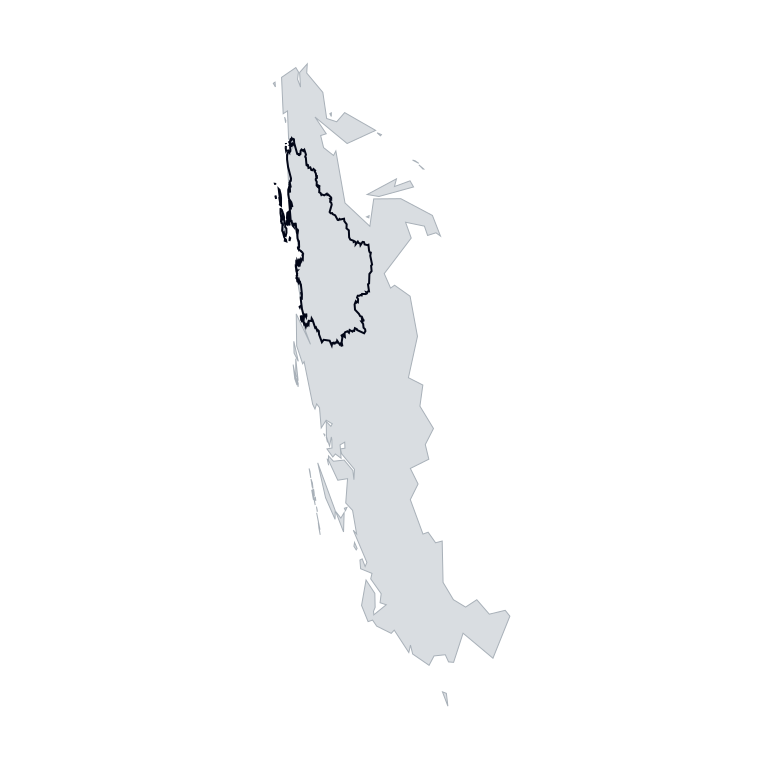 where Sakha (Yakutia) sits in Russia, rotated 261°
{"feature_id": "RUS-2612", "entity_name": "Sakha (Yakutia)", "entity_type": "Autonomous Province", "adm_level": 1, "iso_a3": "RUS", "parent_name": "Russia", "parent_adm1": "", "projection": "equal_earth", "projection_center": [131.922, 66.295], "detail": "fine", "context": "in_parent", "style": "outline", "palette": "ink", "viewbox_px": 768, "rotation_deg": 261, "n_neighbors": 0, "source": "natural_earth", "source_scale": "10m", "svg_char_len": 9866}
<svg xmlns="http://www.w3.org/2000/svg" viewBox="0 0 768 768"><g transform="rotate(261 384 384)"><path d="M542.9,458.2L521.3,462.9L525.2,459.0L523.9,450.3L533.6,448.6L540.4,430.6L523.9,433.7L493.0,401.5L477.7,405.5L479.9,409.9L466.6,423.5L425.8,424.5L386.4,409.1L376.9,422.2L356.5,416.0L332.3,425.9L317.7,415.3L302.7,416.5L296.5,396.8L279.9,402.0L265.7,391.9L229.7,399.0L230.7,404.4L219.1,410.1L219.8,416.9L178.8,411.3L160.1,418.8L150.9,429.7L156.4,441.9L140.2,452.0L141.5,468.3L135.0,472.0L96.1,448.7L125.5,423.1L98.2,409.2L99.4,404.3L107.0,402.2L107.6,390.9L99.1,384.5L112.8,370.1L122.0,369.3L114.9,366.5L139.3,355.6L136.6,352.1L146.0,338.9L152.6,335.8L151.8,331.1L168.8,327.2L193.2,335.6L178.6,342.2L164.8,340.3L161.2,338.1L157.6,337.8L165.6,351.7L168.6,345.9L177.3,348.4L193.6,340.4L198.8,342.5L205.2,332.0L213.9,332.7L214.7,335.1L206.7,336.8L210.5,339.2L244.4,330.8L240.2,333.5L264.1,333.2L272.5,327.6L296.2,333.2L296.2,323.3L317.5,317.2L321.6,317.9L315.6,322.0L315.1,332.7L303.4,339.7L294.2,339.3L304.3,341.5L321.6,331.3L326.7,330.8L326.7,335.4L332.7,336.1L330.8,331.1L317.4,330.0L322.5,325.0L319.9,322.0L328.8,317.5L328.9,322.6L337.4,323.8L339.9,323.7L331.3,320.5L340.9,318.9L355.9,321.1L350.5,324.9L352.8,326.7L357.3,321.2L350.4,315.1L370.7,316.6L374.9,314.4L370.1,311.9L375.1,310.4L418.5,308.6L416.7,306.8L435.3,303.7L467.0,308.3L434.7,317.6L453.5,313.8L463.0,314.1L462.6,317.5L463.1,318.0L464.4,318.1L466.3,315.1L502.7,314.6L518.4,316.6L518.9,319.9L513.5,318.8L525.0,324.4L530.8,320.4L556.7,321.9L553.5,319.1L559.2,317.3L623.5,323.8L633.8,332.5L641.0,328.1L668.8,331.4L666.7,326.7L702.9,330.8L710.3,346.4L705.6,348.3L698.5,346.3L690.3,348.0L704.9,349.4L712.2,358.3L703.2,356.3L681.6,369.2L655.2,368.9L650.4,378.3L658.2,387.6L635.8,415.4L627.3,385.2L658.5,357.6L640.2,366.1L639.3,360.3L626.9,361.3L617.6,369.9L621.7,372.9L568.9,373.8L542.0,394.7L568.4,402.8L564.4,429.6L542.9,458.2ZM316.5,306.2L266.7,316.0L258.0,314.5L280.8,308.5L316.5,306.2ZM573.8,397.0L584.7,428.4L577.4,425.2L580.6,441.5L574.0,444.0L570.0,408.3L573.8,397.0ZM244.2,320.9L265.7,316.3L258.3,320.4L263.2,324.5L244.2,320.9ZM545.3,309.9L560.5,307.7L573.9,309.4L545.3,309.9ZM407.6,298.4L422.8,300.8L400.7,299.7L407.6,298.4ZM403.1,296.7L417.4,297.3L396.5,297.9L403.1,296.7ZM428.6,300.0L440.3,301.6L419.8,302.9L428.6,300.0ZM576.7,310.3L584.4,309.7L592.7,310.4L576.7,310.3ZM55.8,396.7L70.8,393.6L68.7,397.2L55.8,396.7ZM258.5,297.6L267.3,297.3L250.1,298.0L258.5,297.6ZM559.9,314.2L568.4,316.1L555.1,315.6L559.9,314.2ZM232.1,330.1L225.8,331.7L224.5,330.6L228.4,328.9L232.1,330.1ZM275.2,297.1L283.4,296.7L287.0,297.1L275.2,297.1ZM301.6,297.0L297.3,297.8L291.8,297.5L293.6,297.0L301.6,297.0ZM309.2,297.2L302.7,297.0L312.3,296.8L309.2,297.2ZM267.5,325.4L267.9,328.1L264.9,326.1L267.5,325.4ZM403.5,298.8L397.9,299.3L394.6,298.7L403.5,298.8ZM280.6,296.2L290.8,296.0L286.8,296.5L280.6,296.2ZM699.2,323.6L694.4,323.2L698.3,321.7L699.2,323.6ZM251.5,297.2L257.4,297.4L245.0,297.4L251.5,297.2ZM318.5,316.4L312.4,316.6L318.6,316.2L318.5,316.4ZM460.2,312.2L462.3,313.5L458.0,312.8L460.2,312.2ZM663.2,327.6L659.6,328.3L657.4,327.7L663.2,327.6ZM288.4,298.0L284.2,297.7L291.3,298.0L288.4,298.0ZM288.7,296.5L291.1,297.0L285.8,296.7L288.7,296.5ZM600.7,447.2L599.7,449.5L596.5,452.9L600.7,447.2ZM280.7,298.0L283.4,298.5L279.3,298.4L280.7,298.0ZM340.6,318.6L335.9,319.2L335.1,319.1L340.6,318.6ZM660.1,374.4L656.5,373.8L659.5,372.8L660.1,374.4ZM559.2,313.0L557.5,314.1L556.4,313.3L559.2,313.0ZM551.8,392.9L552.6,395.6L550.5,395.0L551.8,392.9ZM633.2,416.5L630.7,420.5L629.7,419.3L633.2,416.5ZM273.5,298.1L269.4,298.3L268.2,298.1L273.5,298.1ZM344.6,316.6L342.9,317.7L342.3,317.4L344.6,316.6ZM542.6,309.2L540.2,309.8L541.0,308.5L542.6,309.2ZM590.2,456.1L595.0,452.7L590.1,456.9L590.2,456.1Z" fill="#d9dde1" stroke="#a8b0b8" stroke-width="1"/><path d="M457.0,314.2L460.6,314.7L462.6,314.5L462.3,313.8L463.3,314.1L464.2,315.0L463.0,315.5L464.2,315.8L464.2,316.6L462.5,317.5L462.8,317.8L463.3,318.0L465.8,318.2L462.7,317.5L464.2,317.0L464.4,316.1L466.1,315.8L464.2,315.3L471.1,314.7L481.5,315.1L483.4,315.4L481.6,315.4L481.2,316.2L485.7,317.0L496.1,317.5L494.7,317.1L498.3,317.0L498.6,316.4L499.5,316.3L498.0,315.6L498.7,315.5L498.1,315.2L499.3,314.7L500.8,314.9L500.4,314.5L504.7,314.7L504.9,315.2L506.5,315.3L506.1,315.6L508.7,315.2L509.0,315.5L508.2,315.7L509.1,315.6L509.6,316.2L509.6,315.7L510.9,315.6L510.7,315.2L514.6,315.4L514.4,315.8L517.9,316.4L517.3,316.7L519.7,317.0L515.5,317.2L515.0,317.6L519.2,317.9L518.7,318.0L516.2,317.8L514.2,318.0L516.6,318.6L518.9,318.6L519.9,319.4L517.7,319.9L513.3,318.7L514.0,319.1L513.6,319.1L515.3,319.5L517.6,321.0L518.5,320.8L518.1,320.1L519.8,321.1L517.2,321.3L518.8,321.7L520.5,323.0L520.0,323.3L523.6,324.0L524.1,323.6L525.1,324.5L526.9,323.9L528.0,322.8L529.1,322.8L528.3,322.6L531.0,320.3L532.2,320.3L533.2,320.5L531.0,320.8L532.6,321.6L538.2,322.3L537.9,322.5L538.3,322.3L538.0,322.1L538.4,321.9L541.3,321.4L545.4,321.8L548.7,322.6L548.1,322.8L549.1,323.1L550.1,323.1L548.8,322.8L551.0,322.5L549.1,322.2L550.0,321.6L556.9,321.9L555.8,321.3L556.0,320.6L554.3,320.3L557.3,319.5L553.4,319.4L554.9,318.5L560.4,318.2L558.5,317.3L580.6,319.0L573.8,318.7L572.5,319.4L571.0,319.2L572.1,319.6L574.4,319.3L580.9,319.1L577.7,320.6L577.7,320.1L578.9,319.7L577.6,319.9L577.2,319.4L576.3,319.4L577.1,320.4L574.1,320.2L575.1,320.7L573.9,320.9L574.0,321.2L578.0,320.9L581.8,319.1L586.0,319.1L590.8,319.8L592.2,320.5L587.9,320.8L588.6,321.0L587.9,321.2L594.6,321.9L592.5,322.8L594.6,322.2L594.4,322.6L597.6,322.4L600.1,323.5L598.5,323.6L601.7,324.3L613.5,323.2L620.9,323.4L625.5,324.1L629.1,326.0L627.9,326.6L628.7,326.7L628.1,327.4L628.6,327.9L632.9,328.4L633.6,330.3L635.4,330.8L634.7,332.2L633.6,332.5L634.8,332.4L636.0,331.0L635.0,329.3L637.8,328.2L638.3,329.2L640.1,330.0L639.4,330.7L640.7,331.2L639.9,331.5L640.6,332.2L639.8,333.3L636.0,333.0L624.8,334.3L624.3,335.1L625.4,335.5L623.5,335.7L623.3,336.3L624.1,336.7L624.2,337.4L627.5,338.2L628.5,339.2L626.9,340.6L627.6,341.0L627.2,341.5L627.7,342.0L622.8,342.8L620.7,341.7L619.7,342.2L612.3,341.7L611.8,342.2L612.5,342.7L612.1,343.2L609.2,343.2L609.5,345.1L606.7,345.7L606.3,346.9L607.4,348.0L605.6,349.4L604.8,348.8L602.6,349.6L599.6,349.5L599.7,350.2L598.0,350.0L597.4,348.8L596.3,348.5L594.2,349.2L590.6,348.5L589.6,349.1L590.6,349.9L589.6,351.2L588.3,350.8L588.2,350.2L587.0,350.7L583.5,350.0L582.6,351.2L580.5,351.7L580.9,352.4L579.7,354.5L580.9,357.3L579.6,357.6L579.9,358.5L576.4,361.0L575.3,360.9L575.2,359.8L574.1,360.4L573.9,359.7L572.3,359.3L571.5,360.2L569.3,360.4L562.4,357.2L561.0,358.0L560.9,359.5L559.8,359.9L558.2,362.2L553.3,363.9L553.0,364.9L554.0,365.9L553.3,366.7L553.5,370.4L551.0,370.3L547.6,372.1L543.6,371.3L541.3,373.3L534.3,372.5L531.9,373.3L530.2,376.4L529.0,376.3L529.3,377.5L528.6,378.2L529.0,378.5L526.4,377.9L528.7,380.4L527.3,380.9L526.5,382.5L524.8,382.5L527.7,385.1L527.3,386.4L524.9,386.7L523.8,389.3L524.0,390.4L518.0,390.1L516.2,390.5L515.8,391.5L512.8,390.5L503.8,390.9L502.9,389.8L497.4,389.4L495.0,386.8L485.7,385.0L485.0,383.8L477.8,383.7L478.0,382.8L477.0,381.5L477.4,380.8L476.1,381.2L475.7,380.0L476.4,376.4L475.0,375.8L475.6,374.8L475.0,373.5L475.3,371.9L473.6,370.9L471.9,371.7L468.8,371.0L469.5,370.0L468.9,369.4L469.9,369.0L467.2,367.4L461.9,367.0L457.2,370.2L454.7,371.1L454.0,372.6L450.3,373.5L449.8,374.5L449.8,373.2L450.7,372.4L449.3,372.4L449.4,371.4L446.6,372.8L442.8,372.6L441.0,373.9L439.1,373.9L437.2,372.3L441.5,365.9L442.4,365.8L443.7,364.0L441.1,362.9L441.5,361.9L440.7,361.1L442.7,358.5L440.1,357.4L441.8,356.1L441.2,353.7L440.1,352.9L436.6,352.7L437.5,351.7L439.4,351.5L438.6,349.7L436.6,350.2L431.8,348.7L428.6,348.8L428.5,348.1L429.1,348.1L429.6,347.1L430.6,347.3L429.9,346.5L434.1,344.5L432.2,343.8L432.7,342.5L431.6,341.7L431.7,340.9L432.7,340.5L432.5,339.2L430.3,338.4L435.3,337.1L437.1,331.3L435.0,329.2L443.1,327.6L446.5,327.9L447.7,327.0L447.0,326.3L450.7,325.6L450.3,324.8L458.2,323.5L460.0,322.8L457.6,322.1L458.2,319.7L455.0,318.9L456.0,318.5L453.8,317.6L455.0,316.8L452.7,315.7L456.0,315.1L455.5,314.5L457.0,314.2ZM573.9,309.3L571.8,309.7L571.6,309.9L572.6,310.1L569.4,310.8L565.6,310.5L564.2,309.8L565.8,308.9L563.5,308.8L562.4,309.1L564.1,310.3L568.5,311.0L564.4,311.4L562.1,310.9L556.1,311.4L554.6,310.9L552.9,311.9L548.6,311.3L545.0,309.8L546.9,309.8L546.0,309.7L546.4,309.2L545.7,308.8L547.9,308.8L546.9,308.2L550.2,307.9L550.5,307.6L552.3,307.4L551.8,307.5L557.3,308.7L557.2,309.1L559.2,309.0L558.5,308.8L558.9,308.0L561.0,308.1L559.9,307.6L564.2,308.5L568.9,308.5L573.9,309.3ZM585.1,310.3L593.1,310.5L592.1,311.2L587.4,311.6L583.8,311.4L576.4,310.2L577.5,309.2L578.8,309.8L584.3,309.7L585.1,310.3ZM568.0,315.2L568.7,316.2L567.3,316.4L555.4,315.6L557.9,315.4L560.0,314.2L563.1,314.1L568.0,315.2ZM464.6,312.5L462.2,313.5L457.8,312.9L459.6,312.7L460.2,312.2L464.6,312.5ZM559.8,313.4L559.6,313.8L558.0,314.1L556.6,313.6L557.2,313.1L559.8,313.4ZM542.7,309.1L542.0,309.7L540.2,309.8L541.0,308.4L542.7,309.1ZM515.6,317.5L518.0,317.1L519.5,317.5L518.7,317.7L515.6,317.5ZM634.7,329.8L635.8,331.0L635.5,331.1L635.5,330.7L634.2,330.4L633.7,329.0L634.6,328.7L634.7,329.8ZM543.2,313.9L542.8,314.2L540.0,313.0L542.3,313.5L543.2,313.9ZM549.4,321.6L548.6,322.1L546.1,321.8L546.9,321.6L549.4,321.6ZM587.1,306.1L586.3,306.4L583.7,306.4L587.1,306.1ZM516.8,317.9L517.9,318.2L514.9,318.1L516.8,317.9ZM487.7,316.6L485.7,316.8L485.4,316.5L486.8,316.4L487.7,316.6ZM634.8,328.4L635.6,329.1L634.7,329.2L634.8,328.4ZM630.6,323.8L630.1,324.2L629.6,323.8L630.6,323.8ZM598.8,307.6L598.7,307.9L597.9,307.7L598.8,307.6ZM502.2,314.0L503.1,314.1L501.8,314.2L502.2,314.0ZM635.5,328.4L636.4,328.7L635.6,328.5L635.5,328.4ZM512.5,315.3L513.5,315.2L514.8,315.4L513.8,315.4L512.5,315.3ZM473.4,312.7L473.6,313.0L473.1,312.8L473.4,312.7ZM633.7,324.1L634.4,324.4L633.5,324.2L633.7,324.1ZM636.8,324.7L637.3,324.8L636.4,324.8L636.8,324.7Z" fill="none" stroke="#020617" stroke-width="2"/></g></svg>